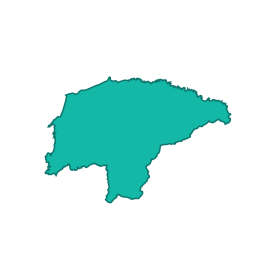 Loreto, Orellana, Ecuador (Equal Earth projection), rotated 234°
{"feature_id": "8360857B25470470808554", "entity_name": "Loreto", "entity_type": "district", "adm_level": 2, "iso_a3": "ECU", "parent_name": "Ecuador", "parent_adm1": "Orellana", "projection": "equal_earth", "projection_center": [-77.401, -0.648], "detail": "fine", "context": "isolated", "style": "filled", "palette": "teal", "viewbox_px": 256, "rotation_deg": 234, "n_neighbors": 0, "source": "geoboundaries", "source_scale": "gbopen_adm2", "svg_char_len": 5815}
<svg xmlns="http://www.w3.org/2000/svg" viewBox="0 0 256 256"><g transform="rotate(234 128 128)"><path d="M86.3,174.5L86.1,175.7L87.2,177.9L87.6,179.0L87.5,179.8L88.3,180.9L87.3,182.9L87.0,184.4L87.5,186.2L87.4,187.0L86.1,188.2L85.6,189.0L86.0,191.1L85.5,193.1L85.7,196.2L86.1,197.7L85.0,197.8L82.6,199.5L82.2,200.9L82.1,205.5L81.7,206.6L81.0,206.5L79.1,207.2L76.1,209.4L73.9,208.9L73.6,210.2L73.9,211.6L73.2,212.0L73.1,212.9L73.8,214.8L75.1,216.1L76.0,216.3L77.0,215.2L78.3,215.6L78.7,219.0L79.5,219.0L81.1,217.8L82.7,218.4L84.7,218.5L85.3,218.7L85.9,219.5L86.3,219.5L86.5,220.2L87.4,221.2L89.3,220.3L90.4,221.3L91.0,219.6L91.5,219.5L92.0,220.0L92.2,219.3L93.0,218.7L93.8,219.1L94.3,218.9L94.6,219.4L94.9,218.2L96.4,217.8L97.0,216.6L97.4,216.9L98.5,214.8L99.0,214.5L99.5,214.8L99.8,214.3L100.4,214.2L101.1,212.8L100.7,211.6L102.2,209.7L103.0,210.3L103.3,210.1L104.0,211.2L104.8,210.8L104.6,209.1L104.0,208.3L103.9,207.3L104.4,206.1L105.6,205.1L106.8,204.5L107.5,204.4L108.4,205.0L109.1,204.5L109.5,205.0L109.1,205.7L111.0,206.3L111.2,205.5L111.6,205.5L112.1,204.1L111.8,202.8L112.8,202.5L114.7,203.6L116.1,203.2L116.3,203.6L116.1,204.2L116.3,204.5L117.7,204.3L118.6,203.0L118.9,203.7L119.2,203.8L119.4,203.2L119.1,202.7L119.2,202.2L120.1,203.0L121.1,202.0L121.7,201.9L121.8,201.3L121.5,200.7L121.6,200.1L123.1,200.3L123.3,199.3L124.8,199.4L123.8,198.2L123.7,196.6L124.5,196.2L125.2,196.4L125.6,196.1L126.8,197.6L127.9,196.8L127.5,195.3L127.5,195.1L128.2,195.1L128.0,194.1L128.5,194.0L128.3,193.6L129.2,193.5L129.7,193.8L130.7,193.1L130.8,192.4L131.4,193.4L132.6,193.0L132.2,191.4L133.2,190.6L133.9,190.5L133.7,189.7L134.1,190.0L134.3,189.3L134.9,189.3L134.8,189.7L135.5,189.5L137.1,187.4L137.6,187.2L138.3,187.9L138.6,187.0L138.6,188.7L139.3,188.4L139.9,189.1L139.9,187.8L140.7,188.4L141.0,187.9L141.1,187.3L140.6,187.2L140.8,186.2L141.2,186.7L143.1,186.1L143.9,186.8L144.2,186.8L144.5,186.2L144.9,186.5L145.5,185.5L145.5,184.5L146.3,184.3L146.3,183.4L147.4,183.5L148.3,182.7L147.9,181.7L148.6,182.0L148.8,181.7L148.0,181.3L148.0,181.0L149.5,180.0L149.2,179.7L149.0,180.2L148.7,180.2L148.5,179.4L148.0,179.1L149.0,177.9L149.8,178.5L149.9,177.8L149.6,176.9L150.1,176.3L150.2,175.6L150.6,175.3L150.2,174.4L150.6,173.7L150.6,172.5L151.5,172.8L152.2,172.0L153.2,171.9L153.4,171.5L153.7,171.7L154.3,170.7L154.2,170.0L154.5,169.7L154.2,169.4L154.6,169.2L154.6,168.6L155.4,168.6L155.6,168.0L156.1,168.7L156.3,168.4L156.3,167.7L156.9,167.5L157.7,166.1L158.6,166.9L159.2,166.3L159.6,166.5L159.6,166.8L160.1,166.7L160.9,166.3L161.7,165.5L161.8,163.8L162.1,163.9L162.0,164.3L162.1,164.6L162.8,164.6L162.9,163.3L162.5,162.6L163.6,162.0L164.5,162.1L164.2,161.1L165.0,160.9L165.2,160.3L165.0,159.6L165.8,159.5L165.3,158.7L166.3,157.1L165.8,155.9L166.4,155.9L168.8,153.2L171.0,146.2L172.9,146.3L175.0,143.1L176.2,142.2L177.3,142.1L179.2,143.3L179.8,143.1L180.0,142.5L178.6,139.7L178.4,138.2L179.2,135.5L180.1,129.9L181.1,126.9L183.3,116.8L184.4,114.3L185.7,113.0L186.0,112.1L186.1,109.8L185.5,108.1L185.5,106.9L186.4,105.2L188.5,103.9L189.1,103.0L190.4,99.6L191.2,96.9L189.6,96.9L186.6,93.6L180.7,86.1L176.7,79.8L178.4,77.6L177.8,74.2L178.1,72.5L177.5,71.4L176.1,66.6L176.6,65.3L176.1,64.5L175.8,64.1L175.2,65.1L175.2,69.7L172.6,70.2L172.3,70.0L172.2,69.0L171.9,68.6L171.1,68.5L168.7,66.7L167.5,63.9L166.7,64.7L167.2,65.6L166.9,66.4L166.5,66.6L166.3,64.1L165.6,63.9L165.0,64.2L164.4,62.8L164.1,63.9L163.7,64.0L162.6,62.2L161.9,62.6L160.3,61.7L158.9,60.0L158.2,60.0L157.9,58.6L155.4,57.0L153.3,54.5L152.6,53.2L152.6,51.8L152.1,50.8L150.9,49.7L151.2,49.2L152.9,50.1L154.8,48.6L154.6,47.4L153.5,46.4L153.6,45.0L153.3,44.1L152.1,44.0L151.3,43.1L150.3,43.1L148.6,42.0L147.8,42.1L147.5,43.1L146.7,43.8L146.3,43.7L145.4,42.4L144.6,42.0L144.1,41.9L143.2,42.5L142.3,42.5L142.4,41.8L143.6,41.1L143.8,40.5L142.4,39.9L141.9,39.3L140.4,39.8L140.4,39.2L141.4,37.8L141.0,37.0L140.7,35.0L140.1,34.7L139.4,34.8L138.2,37.1L137.7,36.9L137.5,36.3L137.0,36.5L135.4,39.0L135.3,40.2L134.5,42.1L131.9,41.9L133.7,44.9L133.7,47.9L133.9,49.2L133.6,49.5L133.4,50.9L133.6,51.3L134.0,51.4L134.0,52.2L134.6,53.2L133.7,54.0L134.1,54.6L133.7,55.2L133.9,55.9L133.4,56.5L133.2,57.9L134.0,58.2L133.4,59.0L132.7,59.2L129.2,57.4L127.6,57.3L126.7,58.1L126.4,59.6L125.8,60.1L124.9,60.3L124.2,62.1L124.9,63.8L125.5,63.9L125.5,64.4L124.3,64.4L123.7,65.0L123.8,66.4L123.2,66.7L123.0,67.3L123.7,67.5L123.6,69.1L122.5,70.4L121.0,70.6L120.3,72.6L120.5,74.9L120.2,77.0L119.9,78.2L119.1,79.3L119.0,80.5L116.6,81.2L116.1,81.8L115.5,81.8L114.9,82.5L114.3,82.4L113.9,83.3L112.9,83.6L112.8,85.1L112.2,85.6L112.1,86.5L111.3,87.0L111.2,87.6L110.5,88.0L110.4,89.0L109.5,88.7L108.4,86.7L107.7,86.0L107.1,86.0L106.6,86.5L106.2,86.1L105.8,86.6L104.8,85.7L104.2,85.8L102.9,84.7L102.9,84.1L102.2,84.0L102.2,83.6L101.4,83.2L100.4,83.1L98.7,81.3L96.9,81.4L95.9,80.0L94.3,79.7L93.8,79.0L92.3,78.7L91.5,78.1L90.3,76.8L89.8,75.3L87.5,74.9L86.0,72.2L85.7,70.5L84.1,69.9L83.2,67.7L80.1,68.3L77.8,69.9L77.8,71.6L78.4,72.4L78.3,73.2L78.8,74.8L78.6,77.8L79.4,78.2L79.4,78.9L79.8,78.8L79.8,79.6L80.4,80.6L79.5,81.5L79.2,81.2L77.8,82.3L77.3,82.2L76.0,82.8L75.5,83.3L75.4,83.9L74.2,84.6L72.4,86.8L71.5,87.1L70.6,88.2L69.0,88.5L67.8,89.9L66.7,92.6L65.0,94.7L64.8,95.3L65.8,99.9L66.7,101.6L68.0,102.3L69.9,100.8L72.4,103.3L72.8,105.4L73.3,106.5L73.4,109.3L73.9,110.6L73.8,111.8L75.7,114.7L75.5,115.9L75.7,116.3L76.6,117.0L79.4,117.0L80.5,118.9L83.7,119.0L86.0,119.7L86.5,121.8L86.0,123.2L86.5,124.3L86.3,125.2L87.4,126.6L87.6,127.2L88.4,128.3L89.0,128.5L88.0,129.7L87.7,131.5L87.7,132.2L88.2,134.5L89.7,136.7L89.8,138.3L90.7,139.9L93.2,142.3L94.8,144.6L92.7,148.8L91.8,149.8L90.9,152.6L89.6,153.3L88.9,155.0L87.8,156.1L87.5,156.9L87.6,157.4L88.4,157.5L88.4,158.1L86.7,162.5L85.8,163.4L86.2,165.4L85.5,167.2L84.2,172.7L84.5,173.4L86.3,174.5Z" fill="#14b8a6" stroke="#0f766e" stroke-width="1.5"/></g></svg>